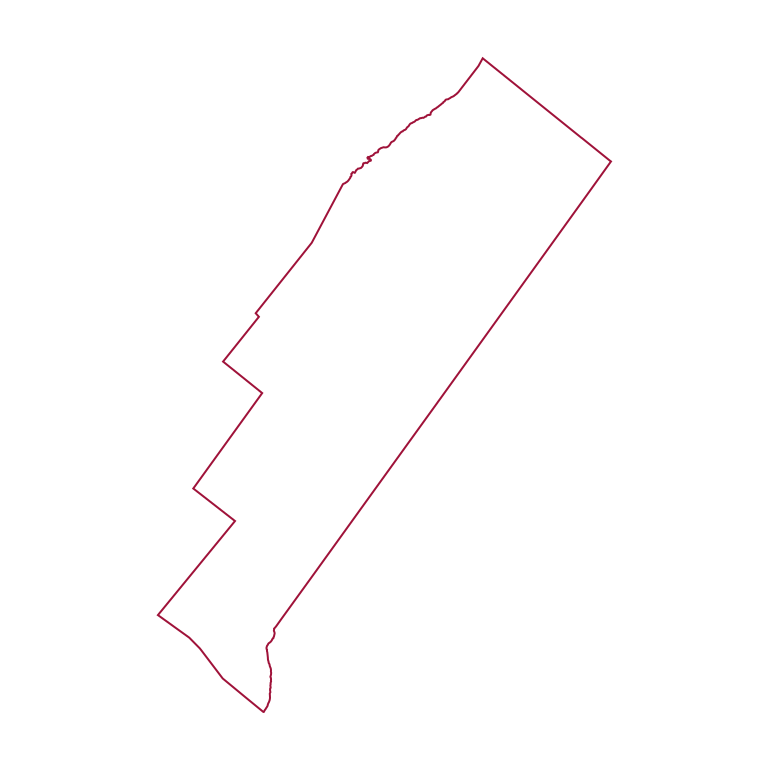 Colón, Buenos Aires, Argentina (Mercator projection), rotated 174°
{"feature_id": "61730980B58132582159451", "entity_name": "Colón", "entity_type": "district", "adm_level": 2, "iso_a3": "ARG", "parent_name": "Argentina", "parent_adm1": "Buenos Aires", "projection": "mercator", "projection_center": [-61.045, -33.853], "detail": "fine", "context": "isolated", "style": "outline", "palette": "rose", "viewbox_px": 768, "rotation_deg": 174, "n_neighbors": 0, "source": "geoboundaries", "source_scale": "gbopen_adm2", "svg_char_len": 3836}
<svg xmlns="http://www.w3.org/2000/svg" viewBox="0 0 768 768"><g transform="rotate(174 384 384)"><path d="M537.9,70.4L537.6,70.7L537.1,71.5L536.6,72.2L535.8,73.0L535.1,74.0L534.7,74.4L533.5,76.0L533.3,76.5L533.1,77.1L533.0,77.5L532.7,78.0L532.5,78.5L531.8,79.5L531.5,80.0L531.2,80.7L530.9,81.2L530.6,82.2L530.4,82.7L530.1,84.4L530.1,85.3L530.0,86.5L530.0,87.4L529.9,88.2L529.2,89.4L529.3,90.9L529.3,91.7L529.0,93.2L528.5,93.7L528.5,96.3L528.1,97.3L528.1,98.2L527.9,99.0L527.7,99.3L527.4,99.9L527.5,100.7L527.3,101.4L527.3,101.5L527.2,102.3L527.2,102.9L527.3,103.5L527.3,104.0L527.6,104.6L527.1,105.9L526.9,106.4L526.8,106.7L526.7,107.0L526.6,107.5L526.4,108.7L526.5,109.4L526.5,110.2L526.3,111.1L526.3,112.0L526.4,113.2L526.7,114.1L527.1,115.6L527.1,116.5L527.3,117.6L527.8,118.6L527.9,120.3L528.2,121.8L528.2,122.4L528.1,124.1L528.1,125.3L528.1,126.2L528.1,127.7L528.1,128.5L528.1,129.4L528.3,130.6L528.3,130.9L528.1,132.0L528.4,132.4L528.4,132.8L528.5,133.5L528.4,134.1L528.0,135.1L527.7,135.8L527.1,136.5L526.7,136.9L526.3,137.7L525.8,138.2L525.0,138.6L523.9,139.3L523.3,139.8L522.3,140.9L521.8,141.9L520.6,142.8L520.6,143.4L520.0,144.0L519.8,144.5L519.2,146.3L519.0,146.8L518.8,147.7L519.0,149.1L519.3,149.9L519.3,150.2L518.9,151.6L518.9,152.2L517.6,153.3L516.5,154.4L510.4,161.3L474.8,201.0L420.7,261.6L365.9,322.9L332.6,360.1L332.3,360.5L331.0,361.9L164.2,548.8L135.0,581.6L135.8,582.3L161.5,607.9L161.8,608.1L251.8,697.6L256.8,690.4L279.9,666.1L280.2,666.0L280.6,665.7L281.0,665.3L281.3,665.1L281.6,664.8L281.9,664.7L282.4,664.4L282.8,664.1L283.6,663.7L284.1,663.3L284.9,662.9L285.7,662.6L286.8,662.3L287.5,662.0L288.1,661.6L288.5,661.4L289.1,661.2L289.7,660.9L290.4,660.5L291.5,660.5L292.8,660.3L293.6,659.6L293.9,659.1L294.3,658.7L295.3,658.3L296.2,657.2L297.0,656.9L298.1,656.1L298.5,655.8L299.4,655.3L300.0,654.9L301.1,654.2L301.8,653.7L302.6,653.4L303.7,652.6L304.7,652.3L305.5,651.9L306.6,651.4L307.2,651.0L307.9,650.2L308.4,649.8L309.2,648.8L309.5,647.4L309.7,647.0L310.7,646.8L311.4,647.0L312.1,646.9L313.1,646.7L313.8,646.1L314.3,645.6L315.0,645.6L316.0,645.0L316.9,644.6L317.9,644.8L318.9,644.6L319.5,644.5L320.2,644.6L321.5,644.0L322.4,643.5L323.3,643.2L324.1,643.2L324.9,642.8L325.6,642.1L326.3,641.7L327.3,641.3L328.1,641.1L328.9,640.6L329.5,640.5L330.5,640.2L331.2,639.6L331.8,638.9L332.5,638.0L332.9,637.6L333.7,637.2L334.3,636.7L334.8,636.1L335.2,635.5L335.4,635.3L335.7,635.0L336.1,634.8L336.4,634.6L337.3,634.4L338.4,633.9L339.0,633.3L340.1,633.1L341.2,632.4L342.0,631.7L342.7,631.0L343.6,630.4L343.9,629.8L345.0,629.3L345.6,628.3L345.9,627.8L346.7,627.1L347.3,626.1L348.0,625.5L348.9,624.7L349.4,624.5L351.1,623.9L351.9,623.3L352.4,622.5L352.9,621.9L353.6,621.0L354.5,620.2L355.4,619.6L356.5,619.2L357.3,619.1L358.5,619.2L359.5,619.5L360.2,619.4L361.5,619.1L362.2,619.0L363.4,618.4L364.5,617.8L365.3,617.0L365.4,616.2L365.9,615.1L367.0,615.0L367.9,614.9L368.7,614.6L369.9,613.8L370.4,613.0L371.6,612.6L372.2,612.2L373.6,612.0L374.1,611.6L374.9,611.2L376.1,611.5L376.8,610.8L376.6,609.8L375.8,609.5L374.6,609.3L373.7,608.5L373.7,607.6L374.5,607.3L375.7,607.2L376.3,606.6L377.0,606.0L377.7,605.5L378.7,605.9L379.5,606.0L380.1,605.6L381.3,605.7L381.9,604.8L382.1,603.8L382.3,603.2L383.1,602.3L383.8,601.7L384.5,601.2L385.3,601.1L386.5,600.9L387.4,600.9L388.1,600.2L389.0,599.8L389.6,599.1L390.1,598.2L391.0,597.1L391.8,597.5L392.7,598.0L393.4,597.6L393.9,596.7L394.3,596.3L394.6,596.2L394.5,595.1L394.7,594.5L395.0,593.9L395.8,593.4L396.0,592.6L396.5,592.0L397.2,591.2L397.8,590.5L398.5,589.8L399.1,589.3L399.9,588.8L400.5,588.6L401.3,588.0L402.5,587.6L403.5,587.3L404.0,587.0L441.1,532.0L504.2,467.8L501.4,463.9L541.7,423.1L506.1,387.7L584.6,300.0L546.5,263.3L633.0,177.8L604.2,152.1L594.8,140.3L593.3,137.9L575.2,108.0L554.8,87.2L538.4,70.6L537.9,70.4Z" fill="none" stroke="#9f1239" stroke-width="2"/></g></svg>